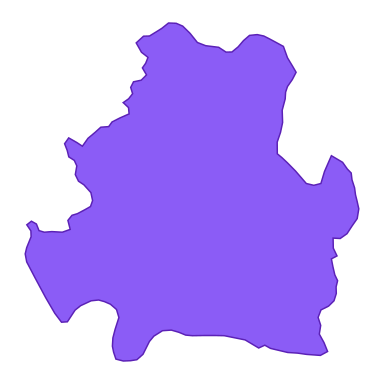 Adolfo, São Paulo, Brazil
{"feature_id": "56859067B34209687665610", "entity_name": "Adolfo", "entity_type": "district", "adm_level": 2, "iso_a3": "BRA", "parent_name": "Brazil", "parent_adm1": "São Paulo", "projection": "orthographic", "projection_center": [-49.657, -21.281], "detail": "fine", "context": "isolated", "style": "filled", "palette": "violet", "viewbox_px": 384, "rotation_deg": 0, "n_neighbors": 0, "source": "geoboundaries", "source_scale": "gbopen_adm2", "svg_char_len": 1995}
<svg xmlns="http://www.w3.org/2000/svg" viewBox="0 0 384 384"><path d="M351.2,173.0L347.3,169.0L342.6,162.3L331.4,155.7L324.5,171.5L320.9,183.5L313.8,185.3L306.3,183.5L295.4,170.9L287.3,162.7L281.9,157.6L277.3,153.8L277.2,142.1L280.5,132.4L282.6,122.5L282.2,110.2L285.2,98.9L285.6,92.2L287.5,86.5L292.3,79.6L296.1,72.3L292.8,66.6L287.5,57.8L283.4,46.4L275.1,41.9L269.9,39.1L263.8,36.0L257.2,34.6L249.5,35.4L243.5,40.6L238.1,46.9L231.9,52.0L226.0,52.1L218.7,47.3L205.7,45.7L197.4,42.5L190.1,33.4L182.7,26.1L176.2,23.3L168.5,23.0L161.9,28.3L154.2,33.1L149.5,36.0L143.5,36.2L136.2,42.9L141.5,52.3L148.0,57.4L145.7,63.2L142.4,67.9L146.5,74.9L141.2,80.2L133.5,81.8L130.7,87.4L132.6,93.7L128.6,98.8L123.2,102.6L128.5,107.6L129.1,113.9L120.2,117.8L112.1,121.9L108.7,126.6L100.8,127.2L94.8,132.6L88.0,138.3L82.4,146.2L77.1,142.7L68.7,137.9L64.6,143.7L67.2,150.4L68.8,156.9L74.3,160.4L76.8,165.9L75.3,174.6L78.5,181.2L83.9,184.8L90.9,192.6L92.6,200.6L90.5,206.5L84.9,209.7L77.3,213.7L72.0,215.3L67.9,220.4L70.2,229.4L62.3,232.2L51.8,231.6L44.3,232.2L39.0,230.6L36.4,224.0L31.4,221.2L26.8,224.8L30.9,230.9L31.1,236.7L26.7,247.6L25.2,253.9L26.7,261.9L35.3,278.3L45.6,297.5L54.8,313.3L61.5,322.2L67.4,321.8L75.1,310.1L80.6,305.7L91.1,300.8L98.6,300.0L104.4,301.6L110.4,304.2L116.5,309.5L118.9,317.5L115.1,329.4L112.9,337.9L112.4,346.2L113.6,352.2L115.9,359.1L123.3,361.0L130.6,360.7L136.9,359.7L143.0,354.3L149.4,341.5L153.9,336.1L162.5,330.7L171.3,330.1L178.9,332.3L185.7,335.1L192.4,335.7L204.4,335.5L215.1,335.5L224.3,335.7L245.1,339.9L258.7,348.0L264.8,345.2L270.5,348.4L287.8,352.5L297.5,353.1L306.6,354.4L320.4,355.4L327.6,351.5L324.0,342.6L319.3,334.1L320.7,325.4L318.1,317.4L321.0,309.9L328.6,306.1L334.0,300.8L336.3,293.5L336.1,286.9L337.6,280.7L334.8,274.8L332.9,266.6L331.4,258.9L337.0,255.9L333.3,248.2L333.1,238.1L340.2,238.5L347.0,233.7L351.9,226.2L357.2,218.6L358.8,208.8L357.0,200.8L355.5,194.8L354.6,187.9L352.0,179.8L351.2,173.0Z" fill="#8b5cf6" stroke="#5b21b6" stroke-width="1.5"/></svg>